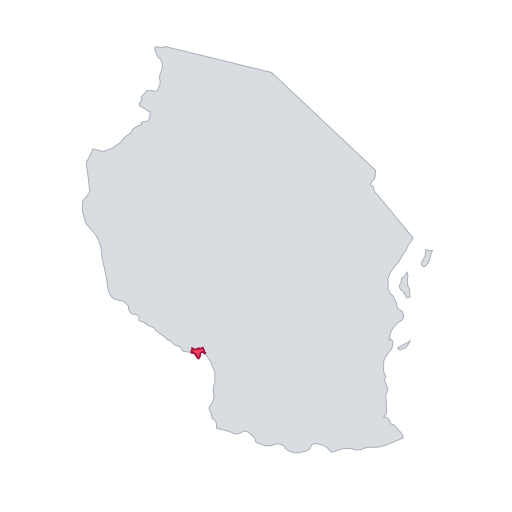 location of Kyela, Mbeya, United Republic of Tanzania, rotated 14°
{"feature_id": "72390352B41643980878870", "entity_name": "Kyela", "entity_type": "district", "adm_level": 2, "iso_a3": "TZA", "parent_name": "United Republic of Tanzania", "parent_adm1": "Mbeya", "projection": "orthographic", "projection_center": [33.836, -9.544], "detail": "fine", "context": "in_parent", "style": "filled", "palette": "rose", "viewbox_px": 512, "rotation_deg": 14, "n_neighbors": 0, "source": "geoboundaries", "source_scale": "gbopen_adm2", "svg_char_len": 6353}
<svg xmlns="http://www.w3.org/2000/svg" viewBox="0 0 512 512"><g transform="rotate(14 256 256)"><path d="M191.1,358.9L185.6,356.0L180.6,354.3L176.6,352.4L174.7,350.4L170.9,349.7L167.6,349.4L164.6,347.7L158.3,347.0L157.6,345.9L157.4,343.3L156.3,342.6L154.1,341.9L151.6,342.0L150.1,342.3L149.2,342.2L147.2,340.6L145.3,338.7L144.5,335.5L141.6,333.6L138.3,332.0L129.1,332.2L127.7,331.7L125.5,330.2L122.9,327.6L120.8,324.6L119.0,320.5L117.0,315.1L106.3,293.3L105.2,289.2L103.1,284.6L99.7,279.0L96.0,274.9L91.1,271.1L85.6,267.4L82.6,264.9L76.8,254.7L75.6,249.9L74.7,244.9L75.1,242.9L78.6,236.4L78.9,234.6L78.5,232.2L76.7,227.1L74.4,220.9L69.8,209.6L69.1,206.8L69.2,204.7L71.8,193.1L71.7,191.5L82.4,191.6L90.1,186.5L96.8,178.9L98.2,175.8L100.9,170.9L103.6,168.5L104.6,166.8L106.2,162.0L109.7,158.7L113.2,156.2L112.4,154.5L112.9,153.8L114.8,152.5L118.5,151.3L119.2,148.8L119.2,145.9L118.6,144.4L118.7,142.5L118.1,141.5L115.7,141.3L112.2,139.9L109.1,139.3L107.1,138.5L106.4,137.9L106.0,136.2L107.7,131.8L106.0,130.0L109.7,122.7L110.4,121.8L111.7,121.7L113.9,120.9L115.9,120.6L117.5,120.8L118.7,120.5L119.7,119.7L120.6,117.2L121.3,113.1L120.9,109.7L119.4,107.2L118.9,103.3L119.6,98.0L119.1,93.6L117.4,90.1L115.7,88.0L113.0,87.0L108.8,81.7L107.5,79.1L107.7,77.5L109.2,76.8L111.8,77.0L114.4,76.4L116.7,74.9L119.0,74.5L120.2,74.7L226.7,74.2L351.0,143.8L351.5,144.6L352.4,150.6L352.2,152.6L350.3,156.0L349.7,157.8L349.7,159.1L350.2,159.6L351.8,159.7L353.2,160.6L353.7,161.2L354.7,163.8L356.1,165.1L402.9,199.7L404.0,200.2L403.3,203.1L400.6,209.9L400.4,212.8L399.4,216.2L398.3,218.4L395.6,228.1L393.3,231.7L390.1,240.2L389.6,246.7L391.2,251.3L391.8,255.6L395.4,259.9L398.3,261.4L400.2,263.4L403.6,267.8L405.5,272.2L411.7,274.5L414.1,279.5L413.2,282.9L410.3,285.6L407.5,290.2L405.3,296.1L405.1,305.3L406.6,303.9L409.8,306.2L410.2,313.0L406.7,320.8L405.6,324.4L405.4,327.6L407.7,337.0L411.3,341.9L411.0,343.4L410.1,344.6L416.3,353.2L415.6,360.6L417.9,366.4L418.9,371.4L420.4,375.2L420.6,377.8L418.6,380.7L423.2,381.5L425.9,384.0L427.1,386.3L430.4,386.2L432.2,387.8L434.8,389.2L440.5,393.1L442.0,395.1L442.9,396.9L426.8,408.8L421.1,411.8L417.0,413.1L412.6,413.9L408.5,415.7L404.5,418.6L399.5,420.1L393.4,420.0L386.9,422.0L376.8,428.1L371.0,424.6L366.4,423.4L361.1,423.4L357.8,423.8L356.7,424.6L355.6,426.7L354.7,430.2L351.2,433.5L345.1,436.6L339.5,437.8L334.3,436.9L330.9,435.5L329.1,433.6L326.4,432.8L322.9,432.9L319.5,434.2L316.2,436.7L311.1,437.7L304.0,437.3L300.2,436.1L299.7,434.0L296.6,431.5L290.9,428.7L286.7,428.6L284.0,431.3L281.6,432.9L279.4,433.6L277.4,433.7L274.5,433.0L266.7,432.6L259.2,432.7L258.5,428.8L257.0,426.4L255.6,425.0L253.1,424.7L252.4,423.6L251.5,421.1L250.2,419.1L248.6,417.4L247.6,415.8L247.2,414.3L247.5,412.7L249.1,408.7L249.6,406.0L249.4,403.2L248.6,400.3L246.8,396.9L247.0,395.9L246.4,393.6L246.3,392.0L246.7,389.9L246.4,387.3L244.8,381.5L244.9,380.1L243.2,377.3L238.3,370.8L238.1,369.9L230.3,363.3L227.2,361.9L226.0,363.1L225.6,364.3L225.9,366.4L225.8,367.4L225.4,367.9L223.6,367.8L222.4,367.6L219.5,365.8L217.2,365.4L211.5,365.7L209.5,366.1L207.9,365.7L204.9,362.7L201.3,362.1L198.2,361.9L192.9,358.5L191.1,358.9ZM412.8,250.6L415.3,257.9L414.9,259.2L413.1,260.0L412.2,260.1L411.1,258.9L410.3,256.5L408.9,257.0L406.6,254.1L404.3,253.9L402.2,250.4L403.1,247.4L402.7,242.2L405.2,239.6L406.6,235.2L408.2,238.2L408.6,243.0L410.7,248.6L412.8,250.6ZM425.6,207.8L425.8,209.5L425.3,211.1L425.3,216.3L425.1,219.7L423.1,224.3L421.6,226.0L420.2,225.5L419.0,224.7L418.1,223.4L420.0,214.8L419.2,208.4L422.8,209.1L425.6,207.8ZM419.3,312.0L417.4,312.4L416.7,311.9L415.6,310.5L417.6,309.3L419.5,307.0L423.9,303.6L426.0,300.9L425.6,303.6L423.1,309.4L421.0,309.8L419.3,312.0Z" fill="#d9dde1" stroke="#a8b0b8" stroke-width="1"/><path d="M230.3,362.3L230.2,362.3L229.8,362.0L229.6,361.9L229.4,361.7L228.7,360.7L228.2,359.8L227.8,359.1L227.6,358.9L227.1,358.6L226.9,358.4L226.8,358.2L226.7,357.9L226.6,357.6L226.4,357.7L226.2,357.8L225.7,358.3L225.5,358.7L225.3,358.9L225.1,359.0L224.8,359.1L224.7,359.2L224.4,359.2L224.2,359.4L224.0,359.5L223.9,359.7L223.8,359.8L223.6,359.9L223.4,359.9L223.3,359.7L223.2,359.5L223.2,359.4L223.0,359.2L222.9,359.2L222.6,359.2L222.4,359.3L222.5,359.6L222.7,360.0L222.6,360.3L222.4,360.4L222.2,360.4L221.9,360.5L221.8,360.4L221.7,360.3L221.3,360.3L221.1,360.3L220.9,360.4L220.7,360.6L220.4,360.7L220.2,360.9L220.1,361.0L219.9,361.1L219.8,361.3L219.5,361.8L219.4,361.8L219.2,361.8L219.1,361.7L218.9,361.6L218.7,361.6L218.4,361.7L218.2,361.6L218.0,361.4L217.8,361.4L217.7,361.4L217.6,361.0L217.4,360.9L217.3,360.7L217.1,360.7L217.0,360.8L216.9,360.9L216.5,360.9L216.4,360.9L216.2,360.9L216.3,361.1L216.4,361.3L216.4,361.5L216.4,361.8L216.5,361.9L216.7,362.0L216.9,362.1L216.6,362.1L216.6,362.3L216.6,362.5L216.6,362.8L216.5,363.0L216.8,363.2L216.9,363.3L216.7,363.5L216.3,363.6L216.2,363.7L216.2,363.9L216.2,364.0L216.2,364.3L216.3,364.4L216.3,364.6L216.3,364.8L217.2,365.3L217.1,365.5L217.1,365.8L217.3,365.9L217.4,365.7L217.5,365.7L217.5,365.8L217.6,365.6L217.7,365.4L217.8,365.4L217.7,365.2L217.8,365.2L218.0,365.1L218.0,364.9L218.1,365.0L218.2,364.9L218.3,364.9L218.4,365.0L218.5,365.0L218.6,364.9L218.8,364.9L218.8,365.0L218.9,364.9L219.0,364.9L219.0,365.0L219.2,364.9L219.3,364.9L219.5,365.0L219.8,365.1L219.9,365.3L220.0,365.4L220.1,365.5L220.3,365.7L220.5,365.7L220.7,365.8L220.9,366.0L221.0,366.0L221.1,366.3L221.1,366.5L221.3,366.6L221.5,366.7L221.5,366.8L221.8,366.8L221.9,367.0L222.0,366.9L222.0,367.0L222.3,367.2L222.3,367.3L222.4,367.5L222.5,367.5L222.6,367.4L222.7,367.5L222.8,367.5L223.0,367.6L223.0,367.8L223.1,368.0L223.3,368.0L223.3,367.9L223.4,368.0L223.3,368.3L223.4,368.2L223.5,368.1L223.7,368.4L223.7,368.5L223.7,368.4L223.8,368.5L224.0,368.5L223.9,368.7L224.0,368.7L224.3,368.7L224.2,368.8L224.3,368.8L224.4,369.0L224.5,369.1L224.4,369.2L224.5,369.3L224.6,369.2L224.8,369.1L225.0,369.2L225.1,369.3L225.2,369.5L225.3,369.5L225.3,369.4L225.3,369.2L225.2,369.2L225.3,368.5L225.4,368.4L225.5,368.2L225.4,368.1L225.5,367.9L225.6,367.7L225.8,367.3L225.8,367.1L225.7,366.8L225.7,366.7L225.8,366.6L226.0,366.3L226.1,366.2L225.9,365.9L225.7,365.5L225.7,365.4L225.8,365.2L225.5,364.8L225.5,364.5L225.8,363.6L226.3,362.8L226.4,362.7L226.5,362.7L226.8,362.5L226.9,362.3L227.1,362.2L228.2,362.0L228.5,362.2L229.3,363.2L229.7,363.1L230.2,362.7L230.3,362.3Z" fill="#f43f5e" stroke="#9f1239" stroke-width="1.5"/></g></svg>